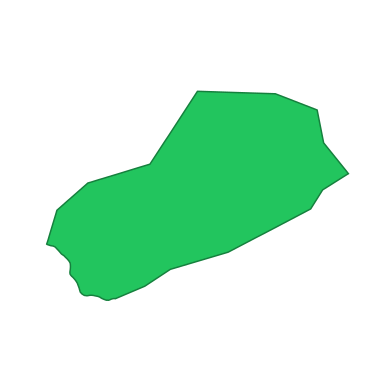 the district of Jubayt Elma'aadin, Red Sea, Sudan, rotated 326°
{"feature_id": "16777658B74984958768129", "entity_name": "Jubayt Elma'aadin", "entity_type": "district", "adm_level": 2, "iso_a3": "SDN", "parent_name": "Sudan", "parent_adm1": "Red Sea", "projection": "natural_earth1", "projection_center": [33.973, 21.162], "detail": "fine", "context": "isolated", "style": "filled", "palette": "green", "viewbox_px": 384, "rotation_deg": 326, "n_neighbors": 0, "source": "geoboundaries", "source_scale": "gbopen_adm2", "svg_char_len": 1394}
<svg xmlns="http://www.w3.org/2000/svg" viewBox="0 0 384 384"><g transform="rotate(326 192 192)"><path d="M68.7,237.5L68.8,237.6L78.1,239.4L100.2,243.7L130.8,244.0L188.3,262.1L219.0,265.5L231.8,267.0L280.9,272.4L301.5,263.3L331.2,264.2L331.7,264.3L331.9,264.3L331.7,261.2L328.6,224.9L341.6,194.0L316.1,157.3L316.0,157.2L315.9,157.1L277.6,129.5L253.0,111.7L252.8,111.6L203.0,132.7L198.8,134.4L172.7,145.4L172.3,145.3L172.0,145.2L163.0,142.4L158.1,140.9L142.6,136.2L141.3,135.8L131.3,132.7L125.4,130.9L121.7,129.7L113.3,127.2L112.5,126.9L110.5,126.3L110.2,126.4L85.3,129.6L85.1,129.6L69.9,131.6L68.8,132.4L68.8,132.5L52.6,145.7L45.6,151.5L43.5,153.1L42.4,153.9L42.5,154.4L43.4,155.6L44.7,157.3L46.8,159.3L47.4,160.4L47.9,161.3L48.1,163.0L48.6,165.9L49.0,169.2L49.0,169.8L49.3,170.9L50.3,173.4L50.5,174.8L51.1,177.6L51.4,180.3L51.3,182.6L50.5,184.3L49.3,186.2L47.9,188.0L46.2,189.9L45.5,190.9L45.0,192.0L45.0,193.2L45.1,194.3L45.6,196.4L45.9,198.8L46.0,199.9L46.0,202.2L45.9,203.7L45.7,204.3L44.7,208.6L44.1,210.2L44.0,210.7L43.8,211.2L43.4,212.6L43.8,215.1L44.9,217.5L46.9,219.3L47.1,219.4L48.8,220.2L49.0,220.2L50.7,221.2L52.3,222.5L53.7,224.0L55.5,225.8L56.7,227.4L57.3,228.9L57.8,229.9L59.0,231.8L60.2,233.4L60.4,233.7L61.3,234.3L62.2,235.0L62.3,235.1L63.5,235.4L65.3,235.7L66.4,236.1L67.6,236.6L67.8,236.7L68.1,237.0L68.7,237.5Z" fill="#22c55e" stroke="#15803d" stroke-width="1.5"/></g></svg>